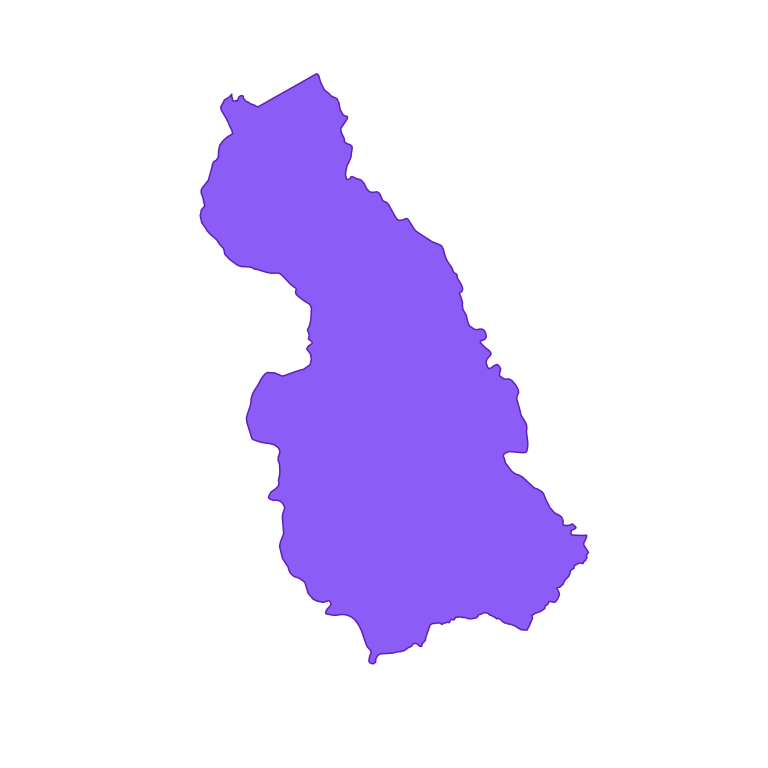 Altamira, Huila, Colombia (Albers equal-area conic projection), rotated 291°
{"feature_id": "7082276B22050163903058", "entity_name": "Altamira", "entity_type": "district", "adm_level": 2, "iso_a3": "COL", "parent_name": "Colombia", "parent_adm1": "Huila", "projection": "albers", "projection_center": [-75.778, 2.079], "detail": "fine", "context": "isolated", "style": "filled", "palette": "violet", "viewbox_px": 768, "rotation_deg": 291, "n_neighbors": 0, "source": "geoboundaries", "source_scale": "gbopen_adm2", "svg_char_len": 6159}
<svg xmlns="http://www.w3.org/2000/svg" viewBox="0 0 768 768"><g transform="rotate(291 384 384)"><path d="M481.2,151.1L475.3,152.1L469.2,156.1L466.1,160.9L463.6,164.0L461.3,168.6L460.0,172.7L458.3,176.8L457.2,178.1L455.0,181.4L453.2,185.3L451.8,186.5L448.0,189.0L445.0,195.2L442.6,203.8L442.4,206.1L442.6,208.9L445.1,216.7L445.4,218.4L444.9,222.0L445.4,223.9L446.2,234.3L447.0,239.0L449.7,245.5L449.7,247.4L449.1,249.6L443.6,261.0L442.4,264.7L442.0,267.1L440.9,268.2L438.6,268.3L437.4,268.8L436.1,270.2L435.1,272.5L432.9,280.1L431.8,285.9L430.8,287.3L428.7,289.1L420.0,292.0L415.0,293.2L410.8,293.5L407.5,293.1L406.4,293.6L404.2,295.8L402.6,296.7L400.6,297.2L399.0,297.2L397.6,301.6L396.8,302.2L395.9,302.2L391.7,299.5L389.1,299.3L388.2,300.4L386.6,303.3L385.2,304.9L380.9,307.4L375.4,308.0L369.1,303.8L364.3,297.4L356.7,288.7L354.9,286.1L355.2,277.8L354.0,274.8L353.2,271.6L352.3,270.4L350.2,269.2L347.8,268.3L344.2,267.4L337.7,266.7L331.1,265.2L327.1,264.9L322.5,265.2L318.6,266.5L314.6,267.0L307.9,267.2L303.1,267.7L299.1,269.7L285.8,280.2L285.2,281.9L285.4,289.2L286.6,295.6L287.2,297.4L287.8,301.8L287.8,304.7L286.2,308.8L284.2,310.6L283.0,311.3L277.6,311.5L274.6,312.7L271.8,315.1L265.6,317.9L262.4,319.0L256.1,320.0L254.2,321.3L251.8,322.0L249.3,321.3L247.1,320.2L242.9,317.3L238.7,316.7L236.7,316.8L235.7,318.1L235.6,322.0L237.3,326.4L237.3,329.5L236.6,331.7L234.6,334.1L232.8,335.7L226.1,336.1L223.3,336.8L208.3,344.0L199.7,343.9L195.0,344.7L184.8,351.7L178.9,359.9L176.0,362.1L174.0,364.2L172.4,367.7L172.0,369.7L172.3,374.3L171.0,379.7L170.0,381.6L161.5,388.1L157.8,394.8L157.3,399.0L158.4,405.7L161.7,409.7L161.9,411.1L159.8,413.4L156.6,412.9L154.1,411.8L152.1,411.3L149.3,411.5L148.6,412.4L150.2,420.6L152.2,424.6L153.1,425.8L154.6,429.8L155.0,432.7L154.9,436.7L153.6,441.0L150.0,446.6L146.0,451.0L134.7,460.5L132.4,463.1L130.6,466.7L129.4,467.8L128.4,468.3L124.6,468.2L120.0,469.1L119.3,469.8L118.6,471.1L118.7,474.0L121.3,475.9L121.8,475.3L123.0,475.4L124.2,474.9L127.3,475.2L129.1,475.9L130.6,477.1L131.3,478.2L133.2,482.8L136.4,489.4L138.8,492.6L140.1,495.3L142.4,498.5L146.4,501.1L149.0,503.6L151.8,504.3L152.9,505.7L153.4,507.3L151.9,511.4L152.5,513.2L153.4,512.9L155.7,512.9L157.2,513.7L159.7,514.4L163.2,513.8L175.6,513.4L177.7,515.0L178.5,517.1L179.4,518.2L180.9,521.6L180.3,524.1L182.7,526.2L183.5,527.9L184.2,528.2L184.7,528.8L184.4,530.1L184.8,530.5L187.3,530.8L188.3,531.2L188.9,533.9L191.9,534.5L193.2,537.5L194.3,538.5L194.0,540.3L195.1,543.7L195.1,546.8L196.3,550.1L198.6,553.7L200.1,554.7L202.6,555.2L203.8,557.1L205.8,558.7L206.2,559.9L206.9,560.3L207.1,563.4L206.2,565.4L206.5,567.2L206.0,569.1L206.1,570.2L205.9,571.5L205.1,573.2L206.1,574.7L206.0,576.9L204.9,579.0L204.1,582.5L204.7,583.5L204.4,585.9L205.1,588.6L205.0,592.7L203.7,599.9L205.5,605.7L209.9,606.3L218.5,606.6L219.3,606.3L220.6,604.8L221.0,604.9L222.1,606.0L224.0,607.2L227.2,611.1L231.6,614.3L232.2,614.6L233.3,614.1L234.6,614.1L235.8,615.1L237.5,615.9L240.2,616.1L240.6,616.8L240.8,619.4L241.4,621.4L242.2,622.2L245.6,623.2L250.3,623.3L252.8,621.5L254.9,618.8L255.9,618.7L257.3,621.0L259.3,621.8L260.9,622.8L265.7,623.2L270.6,625.4L274.1,625.5L276.7,624.9L280.1,627.4L282.3,626.6L286.5,630.1L287.4,631.6L287.6,634.1L289.5,634.2L291.5,635.4L293.5,635.3L294.3,635.7L295.1,635.5L295.9,634.5L297.2,634.5L300.0,635.3L305.3,628.3L306.6,627.5L313.4,628.0L315.4,627.3L313.5,622.9L310.4,613.7L310.8,612.3L314.3,611.3L316.5,613.4L318.3,614.7L319.1,614.4L320.7,610.6L320.5,609.4L318.8,608.1L317.6,605.9L316.5,602.2L317.4,601.2L320.4,600.3L323.4,597.5L324.3,594.7L324.6,590.5L325.4,588.3L327.9,583.4L334.1,576.5L338.7,572.4L340.0,570.1L341.0,564.6L340.8,561.6L346.9,546.2L347.4,541.8L347.1,539.7L347.7,536.2L349.1,533.2L353.9,525.5L356.7,523.8L359.4,521.2L361.6,521.1L364.0,523.0L366.0,525.5L369.3,537.4L370.9,540.9L372.5,541.4L376.3,540.8L380.5,539.4L390.5,534.1L393.9,533.2L396.6,531.9L398.9,529.8L404.3,522.8L407.4,520.9L418.1,513.0L420.7,512.6L424.1,512.8L426.7,511.5L430.2,507.3L433.0,502.4L433.4,500.1L433.4,498.4L432.1,496.3L431.9,493.2L433.2,488.9L434.4,488.3L439.8,487.6L441.8,485.4L442.7,483.1L442.4,481.9L439.7,479.6L437.5,478.4L435.9,476.2L436.3,475.3L439.6,472.3L441.1,471.6L443.8,471.1L449.2,473.1L450.6,473.1L451.7,472.1L452.9,470.2L454.1,465.8L457.1,459.1L458.7,458.7L461.4,461.8L463.6,462.5L464.7,462.6L468.3,460.4L470.0,458.3L470.4,456.1L469.6,453.8L467.8,450.9L467.5,448.4L468.8,443.3L470.2,441.6L471.9,440.0L477.7,436.1L481.0,432.0L482.5,430.6L486.2,428.7L487.9,428.3L492.7,424.7L494.6,422.8L495.8,422.0L496.5,422.2L498.4,423.6L499.8,423.6L501.2,423.3L502.9,422.1L505.8,419.0L508.9,414.9L511.8,413.1L512.6,412.2L512.9,410.0L513.8,408.4L516.6,406.0L520.9,399.8L522.9,397.4L526.3,394.5L531.2,391.0L533.6,388.2L533.9,386.8L534.1,377.7L537.3,362.6L538.4,358.6L539.4,356.8L546.4,347.3L546.7,345.7L543.7,342.4L542.7,340.6L542.2,339.7L542.4,337.2L543.1,336.0L553.0,324.1L554.2,322.1L554.5,320.5L554.6,317.6L555.1,316.7L559.4,312.7L560.3,311.1L561.0,308.7L558.6,304.3L558.4,301.6L558.6,300.6L560.4,297.5L564.0,293.7L566.1,290.0L566.2,287.6L565.8,284.6L566.3,280.0L565.4,278.8L563.5,278.9L561.6,276.2L561.7,275.8L564.9,273.4L567.2,272.5L574.3,271.3L580.3,271.8L585.0,271.7L586.9,270.9L591.0,270.3L594.1,269.2L595.1,267.3L595.2,263.3L595.9,260.3L598.1,259.4L599.7,258.1L602.9,254.6L604.9,253.1L607.1,252.1L618.6,254.7L620.4,254.1L620.7,253.2L620.2,251.7L620.9,248.8L624.4,244.9L626.2,243.6L629.9,241.5L633.4,238.0L633.7,236.4L633.8,232.1L635.5,228.3L637.3,222.8L641.9,217.8L643.8,216.0L647.8,213.2L649.4,211.4L649.3,209.7L597.6,167.1L597.5,164.6L597.8,163.7L597.9,160.4L597.6,159.6L598.4,156.9L598.5,153.3L599.2,152.5L600.1,150.8L602.3,149.3L602.4,148.1L601.6,146.8L599.8,145.7L595.5,145.6L595.6,144.1L594.3,142.8L594.2,142.3L594.4,141.0L594.8,140.6L596.4,140.3L597.7,138.7L598.4,138.7L599.7,138.0L595.8,136.3L592.1,133.3L584.0,132.3L581.1,134.3L576.3,140.4L572.1,145.2L569.5,147.5L566.0,151.3L563.3,153.0L559.1,149.6L553.9,146.8L548.0,145.1L542.3,146.0L536.4,148.1L532.5,147.1L530.8,145.5L527.6,145.1L524.6,145.7L511.4,147.0L501.7,144.0L499.1,143.9L496.7,145.0L493.3,148.0L485.8,152.8L481.2,151.1Z" fill="#8b5cf6" stroke="#5b21b6" stroke-width="1.5"/></g></svg>